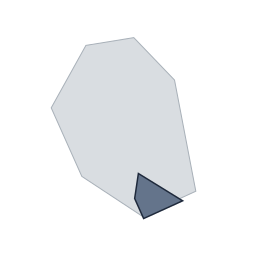 Nauru, with Yaren highlighted, rotated 323°
{"feature_id": "NRU-4983", "entity_name": "Yaren", "entity_type": "state/province", "adm_level": 1, "iso_a3": "NRU", "parent_name": "Nauru", "parent_adm1": "", "projection": "natural_earth1", "projection_center": [166.924, -0.543], "detail": "fine", "context": "in_parent", "style": "filled", "palette": "slate", "viewbox_px": 256, "rotation_deg": 323, "n_neighbors": 0, "source": "natural_earth", "source_scale": "10m", "svg_char_len": 392}
<svg xmlns="http://www.w3.org/2000/svg" viewBox="0 0 256 256"><g transform="rotate(323 128 128)"><path d="M194.0,117.7L144.1,219.3L86.1,206.5L62.0,138.9L78.8,65.7L144.1,36.7L187.0,59.3L194.0,117.7Z" fill="#d9dde1" stroke="#a8b0b8" stroke-width="1"/><path d="M127.8,219.0L86.0,209.7L90.9,188.3L95.6,183.7L108.9,170.6L127.8,219.0Z" fill="#64748b" stroke="#1e293b" stroke-width="1.5"/></g></svg>